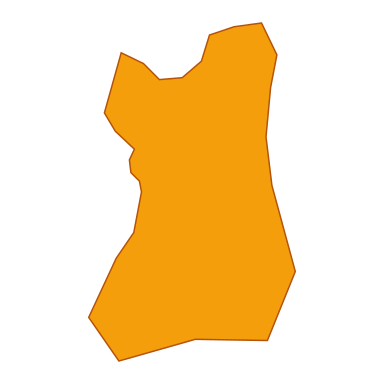 the border of Kampala
{"feature_id": "UGA-3088", "entity_name": "Kampala", "entity_type": "District", "adm_level": 1, "iso_a3": "UGA", "parent_name": "Uganda", "parent_adm1": "", "projection": "natural_earth1", "projection_center": [32.596, 0.389], "detail": "fine", "context": "isolated", "style": "filled", "palette": "amber", "viewbox_px": 384, "rotation_deg": 0, "n_neighbors": 0, "source": "natural_earth", "source_scale": "10m", "svg_char_len": 444}
<svg xmlns="http://www.w3.org/2000/svg" viewBox="0 0 384 384"><path d="M159.4,79.6L182.2,77.7L201.4,61.2L209.5,35.0L234.2,26.7L261.5,23.0L276.9,54.9L270.6,87.5L266.0,136.9L271.9,185.4L295.3,271.5L267.4,340.5L195.3,339.3L118.9,361.0L88.7,317.4L116.2,258.3L133.8,232.5L141.5,191.9L139.4,181.1L130.9,172.6L129.4,159.9L134.4,149.2L115.3,131.2L104.4,112.9L121.2,52.8L143.5,63.6L159.4,79.6Z" fill="#f59e0b" stroke="#b45309" stroke-width="1.5"/></svg>